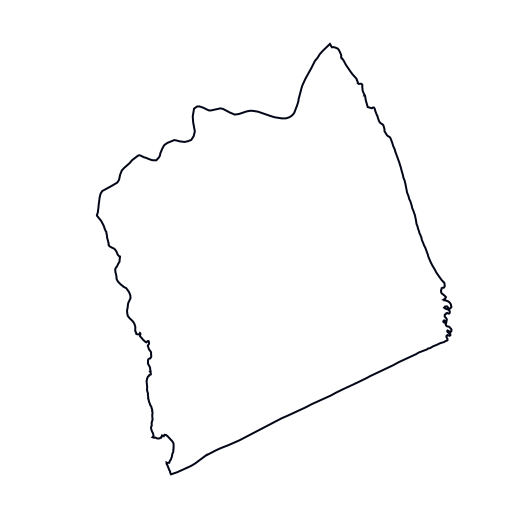 the district of Bignona, Ziguinchor, Senegal, rotated 154°
{"feature_id": "50182788B19391387689457", "entity_name": "Bignona", "entity_type": "district", "adm_level": 2, "iso_a3": "SEN", "parent_name": "Senegal", "parent_adm1": "Ziguinchor", "projection": "equal_earth", "projection_center": [-16.329, 12.862], "detail": "fine", "context": "isolated", "style": "outline", "palette": "ink", "viewbox_px": 512, "rotation_deg": 154, "n_neighbors": 0, "source": "geoboundaries", "source_scale": "gbopen_adm2", "svg_char_len": 6014}
<svg xmlns="http://www.w3.org/2000/svg" viewBox="0 0 512 512"><g transform="rotate(154 256 256)"><path d="M395.5,245.3L397.5,241.4L397.3,239.9L397.8,238.6L397.4,238.0L396.0,237.0L395.2,236.9L394.1,237.7L393.9,237.2L394.2,236.3L394.7,235.9L395.4,234.7L394.5,231.6L394.3,230.6L393.5,228.3L392.5,226.5L392.3,226.5L390.6,227.0L390.0,226.8L389.8,226.4L390.1,225.6L390.3,224.5L390.7,223.9L392.4,223.0L392.6,222.8L393.1,218.9L392.5,215.9L392.7,215.0L393.3,213.9L393.9,212.2L394.5,211.2L396.0,210.3L396.8,210.6L397.9,210.4L398.5,210.0L400.1,207.1L400.3,205.9L400.1,203.7L400.2,202.0L400.9,200.2L401.2,198.6L401.5,198.3L401.9,198.4L401.8,197.4L402.2,196.0L402.6,195.6L404.1,195.8L405.1,195.0L405.5,195.1L406.2,194.9L406.9,194.1L407.8,193.4L408.1,192.8L409.2,191.5L411.1,186.3L412.3,183.9L412.5,183.8L413.0,182.3L413.2,180.5L413.6,179.3L414.2,178.2L414.8,176.1L415.5,175.2L415.4,174.3L415.8,172.9L416.1,171.1L416.4,167.8L416.1,166.9L416.6,164.5L416.6,163.5L417.3,162.4L417.2,162.2L417.6,160.8L418.1,159.7L418.7,159.1L420.2,155.7L420.6,154.3L421.5,153.5L422.1,152.6L422.8,152.1L424.1,149.2L425.3,148.2L425.9,147.1L426.4,144.0L426.3,142.0L426.7,140.0L427.0,139.1L428.5,138.5L427.7,137.6L425.9,136.8L424.8,135.3L422.6,134.3L421.1,134.7L420.7,134.3L419.1,135.9L417.9,134.5L416.6,135.4L415.3,134.5L414.4,132.6L413.0,127.9L412.6,127.0L412.3,124.5L412.4,123.4L413.6,120.7L414.4,119.5L414.7,118.6L415.4,118.0L415.9,116.6L418.2,114.5L419.4,112.7L422.1,110.1L422.9,109.9L424.6,108.2L425.5,108.7L426.5,108.6L427.0,109.5L427.5,108.4L427.3,106.3L427.6,105.4L427.5,104.5L427.8,101.5L427.6,100.2L427.9,99.8L428.1,98.8L428.1,97.0L421.6,96.2L406.3,95.8L401.7,96.2L387.4,98.9L387.4,98.6L377.9,98.9L372.3,98.8L364.0,98.1L351.9,97.6L304.2,98.9L297.3,98.6L277.6,98.2L270.7,98.4L250.2,97.8L244.1,98.1L235.7,98.1L218.3,97.8L209.7,97.8L206.5,98.0L180.6,97.7L174.3,98.0L155.1,97.6L152.1,97.9L143.4,97.1L141.8,97.4L140.0,96.9L136.2,97.2L132.6,96.9L128.7,96.9L124.5,96.2L123.1,96.4L120.9,96.3L120.2,97.8L120.4,99.5L120.2,100.0L119.9,100.1L119.7,100.7L118.5,101.0L117.0,99.4L116.0,99.6L115.6,100.6L117.1,103.6L117.1,104.7L116.5,105.1L115.7,104.1L115.6,103.6L114.7,103.0L114.3,102.4L113.4,102.8L112.9,103.5L112.5,104.5L113.3,107.3L113.8,108.1L115.0,108.9L115.6,110.1L115.3,113.0L116.1,114.2L116.3,114.2L116.5,114.7L116.4,115.1L115.4,115.7L115.0,115.6L114.2,114.3L113.8,113.8L113.5,113.9L113.5,113.7L112.3,115.3L112.3,116.8L112.7,117.7L112.9,119.1L112.0,120.5L110.8,120.6L110.4,121.0L109.2,121.1L108.3,119.9L107.5,119.6L106.9,119.9L106.3,120.8L106.1,122.2L106.7,123.1L106.9,123.9L108.8,125.6L109.6,127.1L108.0,127.7L107.5,127.3L106.6,127.2L106.1,126.5L106.2,125.4L105.8,124.7L105.4,124.1L104.8,123.7L103.1,124.2L102.6,124.7L102.5,125.8L102.1,126.8L102.1,127.7L102.5,129.8L102.9,130.2L103.3,131.2L104.0,131.8L105.0,132.9L105.8,133.5L106.2,133.6L106.2,134.1L106.6,134.5L105.6,134.6L105.0,134.9L104.5,134.8L104.0,135.4L103.3,135.8L104.0,138.0L105.4,140.8L105.6,141.9L105.3,142.5L104.9,143.9L104.2,144.4L103.3,145.7L102.4,145.7L101.1,145.2L99.9,145.8L99.4,146.5L98.5,149.2L98.5,149.7L99.1,150.8L99.2,151.8L99.6,152.5L100.7,158.9L101.2,162.4L101.2,165.5L101.4,166.8L101.4,167.8L101.6,169.0L101.7,173.2L101.5,178.2L101.3,180.5L101.0,181.6L100.2,189.2L100.3,192.1L100.1,193.5L99.9,197.6L99.6,198.9L99.3,199.5L99.2,201.5L99.0,202.7L99.1,204.7L98.7,206.5L98.3,210.1L97.9,211.4L97.7,214.3L96.2,219.3L95.7,221.5L95.4,222.3L94.7,227.9L94.6,230.5L94.0,233.0L93.3,237.3L93.3,240.1L92.7,242.9L92.4,246.8L90.1,255.3L89.3,259.2L89.2,261.7L88.4,264.7L87.9,268.0L86.9,272.7L86.6,275.2L86.3,276.7L85.0,288.8L84.9,289.8L84.6,290.4L84.5,294.4L83.8,298.9L83.8,300.1L83.6,300.8L83.5,303.3L83.7,304.3L84.9,306.0L85.3,307.0L85.8,311.8L84.9,313.8L84.3,317.1L84.3,318.3L85.2,319.7L86.2,321.8L86.2,324.0L85.8,327.3L85.4,328.9L85.6,329.3L85.5,330.9L85.1,334.7L84.8,335.7L84.8,336.8L85.0,337.8L85.6,338.2L87.1,338.0L90.3,340.9L89.1,347.7L87.8,352.0L87.8,352.5L88.3,352.8L88.0,353.0L87.8,353.5L87.9,354.8L87.7,357.7L86.4,361.3L85.6,362.8L85.4,363.4L85.5,364.0L86.0,364.7L86.9,365.2L88.1,365.5L88.8,366.7L88.4,367.4L88.2,368.3L88.3,369.8L88.1,370.1L88.0,370.9L88.2,372.1L89.6,376.9L90.3,380.8L91.4,388.4L91.6,393.5L92.0,395.9L92.5,396.1L92.3,397.5L91.4,399.0L91.2,401.4L91.2,404.6L91.6,406.6L93.2,408.4L94.8,409.8L96.3,410.3L96.6,414.2L106.4,411.0L110.3,409.4L113.5,407.3L117.5,405.5L123.8,400.7L133.8,393.7L139.2,389.3L141.2,387.3L149.0,378.2L150.4,376.1L153.1,373.3L158.9,367.9L160.6,367.0L163.1,366.3L165.0,366.1L168.5,366.5L172.2,368.2L178.4,372.5L181.5,375.4L191.0,384.9L195.6,388.1L197.9,389.2L201.3,390.1L209.0,391.1L213.1,392.4L216.6,396.4L221.2,402.7L223.3,404.3L232.4,406.5L234.3,407.3L235.7,408.9L238.4,412.4L241.2,415.2L243.4,416.2L247.1,415.6L251.6,409.3L253.0,405.9L253.9,403.6L256.3,395.0L257.5,393.3L258.0,392.9L259.4,391.1L263.3,388.7L266.8,389.0L270.2,389.8L274.6,392.7L276.6,394.5L278.6,396.0L286.0,396.5L289.4,396.0L290.6,395.4L292.9,393.8L297.0,390.2L297.9,388.9L299.0,387.8L300.2,387.1L303.7,385.7L307.3,387.6L310.2,390.5L311.5,392.2L313.4,393.8L315.9,397.1L317.0,397.8L318.2,397.9L325.5,396.4L328.8,394.9L336.1,392.9L339.1,391.7L342.5,388.6L345.7,384.5L348.5,382.8L354.6,382.3L365.7,381.8L368.4,380.1L370.9,377.1L375.2,370.6L376.5,368.4L379.3,364.2L380.8,362.8L381.3,362.0L379.8,355.5L379.7,354.4L379.7,352.2L379.6,351.4L379.7,349.5L379.7,348.6L380.1,347.0L380.0,346.1L380.2,344.6L380.0,343.1L380.3,342.5L381.1,339.4L381.6,338.3L382.0,336.9L382.0,336.4L382.8,332.8L383.1,331.2L383.6,330.8L383.5,329.1L381.8,326.6L380.3,324.8L379.9,323.7L379.5,321.3L379.7,317.7L379.1,315.8L378.9,314.8L378.6,314.8L378.7,314.5L379.2,314.0L381.2,310.7L383.3,309.4L385.6,307.5L387.0,306.9L388.4,305.8L389.5,302.8L389.8,301.0L390.6,298.2L391.2,297.1L391.4,295.7L391.3,293.5L390.0,289.6L388.7,287.0L388.7,286.6L386.7,283.9L386.0,279.6L386.0,277.6L386.3,275.4L387.4,272.9L388.4,272.3L389.3,271.4L391.3,269.9L392.5,268.3L394.1,265.7L395.7,263.8L397.0,260.5L397.5,258.3L396.8,255.2L395.9,252.9L395.3,251.0L395.0,248.6L395.5,245.3Z" fill="none" stroke="#020617" stroke-width="2"/></g></svg>